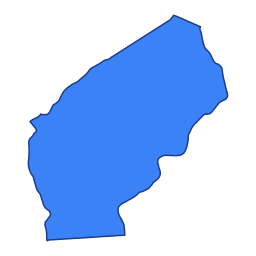 outline of La Perle, Choiseul, Saint Lucia
{"feature_id": "8701671B71036629686729", "entity_name": "La Perle", "entity_type": "district", "adm_level": 2, "iso_a3": "LCA", "parent_name": "Saint Lucia", "parent_adm1": "Choiseul", "projection": "mercator", "projection_center": [-61.02, 13.765], "detail": "fine", "context": "isolated", "style": "filled", "palette": "blue", "viewbox_px": 256, "rotation_deg": 0, "n_neighbors": 0, "source": "geoboundaries", "source_scale": "gbopen_adm2", "svg_char_len": 3692}
<svg xmlns="http://www.w3.org/2000/svg" viewBox="0 0 256 256"><path d="M30.1,121.6L30.3,122.0L31.4,123.2L32.7,124.8L35.2,127.7L36.4,130.0L36.3,131.1L35.4,132.6L34.4,133.1L32.5,136.1L30.0,138.7L29.1,140.3L28.7,142.8L29.1,147.6L29.1,151.7L28.8,158.9L28.4,160.9L28.4,165.2L29.0,168.4L30.5,172.5L31.2,173.8L33.5,177.1L33.6,178.5L35.5,185.0L37.2,190.3L40.1,194.0L42.9,202.4L43.6,204.9L45.0,207.5L46.1,208.6L49.3,211.0L50.4,213.4L50.3,215.4L48.7,217.7L45.2,222.3L44.9,225.3L45.6,227.5L46.1,229.0L46.8,234.6L46.8,239.6L47.0,240.6L47.6,240.6L48.5,240.0L124.9,235.1L124.7,233.8L124.7,232.9L124.6,232.5L124.6,231.4L124.5,229.8L124.3,228.4L124.3,227.5L124.2,227.0L123.8,224.4L123.3,223.2L122.7,221.9L122.1,220.5L121.5,219.4L121.0,218.4L120.1,217.1L119.7,216.6L119.2,215.2L118.8,214.5L118.5,213.3L118.2,211.8L118.1,211.4L118.0,210.1L118.0,209.2L118.1,208.3L118.4,207.4L118.9,206.5L119.4,205.8L120.3,205.0L120.8,204.4L121.6,203.9L122.5,203.3L124.1,202.6L125.1,202.0L125.9,201.6L126.5,201.3L127.5,200.7L128.5,200.0L129.5,199.6L130.6,198.9L131.5,198.4L132.5,197.9L133.3,197.4L134.1,196.8L135.2,196.2L135.8,195.7L136.8,194.8L137.6,194.1L138.4,193.3L139.0,192.7L139.7,192.2L140.6,191.9L141.5,191.8L143.2,191.2L144.6,190.5L145.6,190.1L146.4,189.7L147.2,189.3L148.1,188.8L149.4,187.6L150.0,186.9L150.7,186.0L151.6,185.1L152.2,184.2L153.0,183.0L153.5,182.4L154.7,181.4L155.4,180.9L156.2,180.3L157.0,179.6L158.1,178.5L158.6,177.9L159.1,177.2L159.8,175.8L160.1,174.8L160.3,173.2L160.2,172.6L160.1,171.2L159.9,170.3L159.6,169.6L159.4,169.0L158.9,167.8L158.6,166.2L158.3,164.9L158.0,163.6L157.7,162.5L157.7,161.3L158.0,160.0L158.3,159.0L158.5,158.6L160.1,157.4L161.2,156.7L162.8,155.8L164.1,155.5L165.7,155.3L169.4,155.4L172.7,155.6L176.8,155.6L178.5,155.4L179.6,155.3L181.2,154.8L182.3,154.2L183.9,153.0L184.5,152.1L185.2,150.8L185.7,149.6L186.2,148.5L186.5,147.7L186.8,146.5L187.1,145.1L187.5,143.5L187.8,142.1L188.0,141.0L188.2,138.4L188.2,136.9L188.3,135.7L188.6,134.5L189.2,133.1L189.9,131.9L190.5,130.6L190.7,130.1L191.3,128.8L191.9,127.7L192.7,126.5L193.6,125.2L194.5,124.1L196.4,122.3L201.6,117.0L202.8,115.7L203.4,115.2L204.3,114.6L205.1,114.3L206.0,114.2L205.7,114.0L208.1,113.8L207.8,114.0L208.6,114.0L209.2,113.8L209.7,113.7L211.1,112.7L212.3,111.4L214.1,109.0L216.7,105.9L217.9,104.3L218.8,103.2L219.7,102.4L220.4,101.8L221.6,101.2L223.3,100.4L224.9,99.6L226.1,98.7L226.7,98.1L227.2,97.1L227.4,96.7L227.5,96.0L227.6,95.2L227.5,94.7L227.4,93.9L227.2,92.7L226.8,91.4L226.1,89.1L225.4,86.4L224.6,82.6L223.4,77.8L223.1,76.2L222.6,73.4L222.1,70.3L222.0,68.4L221.7,67.8L221.2,67.1L220.8,66.6L220.2,65.9L219.4,65.1L218.9,64.6L218.1,64.2L216.6,63.7L215.6,63.3L215.1,62.9L214.5,62.1L213.9,61.4L213.4,60.5L213.0,59.8L212.5,58.9L212.0,58.0L211.6,56.9L211.2,55.9L210.9,55.3L210.3,54.3L209.8,53.5L208.9,52.3L208.2,51.4L207.6,50.8L206.7,49.8L205.7,48.8L205.2,48.1L204.7,47.4L204.1,45.9L203.7,44.7L203.5,43.9L203.0,42.2L202.9,41.7L202.7,40.7L202.5,39.9L202.2,38.5L202.0,37.1L201.8,35.8L201.4,34.2L201.2,33.1L200.9,32.1L200.5,30.9L200.0,29.7L199.9,28.9L200.0,28.0L200.4,26.8L176.1,16.1L173.5,15.4L170.6,19.5L112.8,56.4L111.7,57.0L110.4,58.1L109.2,58.9L108.1,59.4L106.0,59.9L105.1,60.1L103.6,60.9L101.7,62.2L100.5,63.1L97.8,64.6L92.9,67.3L90.8,68.5L89.5,70.0L88.0,72.1L87.4,72.8L85.3,75.0L82.6,77.3L81.9,77.9L80.3,79.2L78.6,80.8L76.4,82.4L75.6,82.9L73.4,83.6L70.9,85.2L70.2,85.8L67.5,87.7L65.3,89.7L63.6,91.6L61.4,95.4L60.2,98.1L59.2,100.2L57.7,101.9L55.8,103.5L55.1,104.0L53.9,104.4L53.2,105.1L52.2,106.9L50.6,110.2L49.7,111.9L48.8,113.2L47.8,114.1L45.7,114.6L43.9,114.6L42.2,114.6L40.7,114.1L40.3,114.9L38.7,116.4L37.4,117.4L32.8,119.5L30.8,120.9L30.1,121.6Z" fill="#3b82f6" stroke="#1e3a8a" stroke-width="1.5"/></svg>